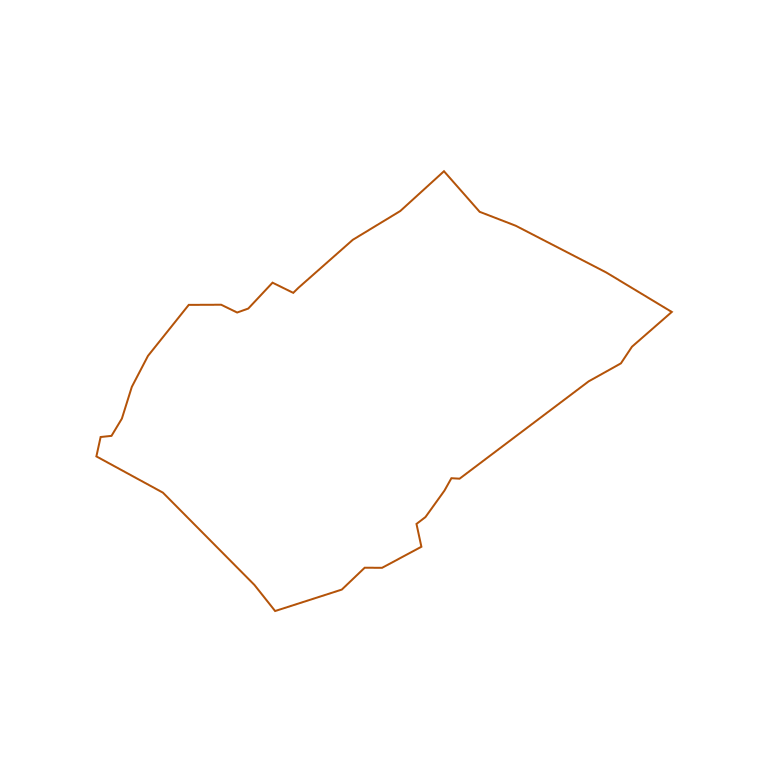 Wythe, Virginia, United States of America, rotated 338°
{"feature_id": "52423323B95970621217609", "entity_name": "Wythe", "entity_type": "district", "adm_level": 2, "iso_a3": "USA", "parent_name": "United States of America", "parent_adm1": "Virginia", "projection": "robinson", "projection_center": [-81.09, 36.916], "detail": "fine", "context": "isolated", "style": "outline", "palette": "amber", "viewbox_px": 768, "rotation_deg": 338, "n_neighbors": 0, "source": "geoboundaries", "source_scale": "gbopen_adm2", "svg_char_len": 597}
<svg xmlns="http://www.w3.org/2000/svg" viewBox="0 0 768 768"><g transform="rotate(338 384 384)"><path d="M677.8,425.0L631.8,363.8L565.4,286.6L537.2,260.2L519.3,209.2L463.9,229.7L409.1,238.6L340.8,262.7L334.0,265.5L318.6,248.3L286.4,263.2L274.6,262.7L262.7,249.5L232.6,237.5L175.7,269.5L149.1,292.2L128.0,317.9L111.9,330.0L101.4,327.0L90.2,343.4L138.3,401.9L188.6,521.8L198.0,553.7L267.9,558.8L297.3,547.1L313.3,553.7L357.7,548.9L361.7,525.9L372.6,522.9L400.1,505.5L411.2,496.6L418.6,500.1L574.8,458.2L611.4,453.6L627.9,442.3L677.8,425.0Z" fill="none" stroke="#b45309" stroke-width="2"/></g></svg>